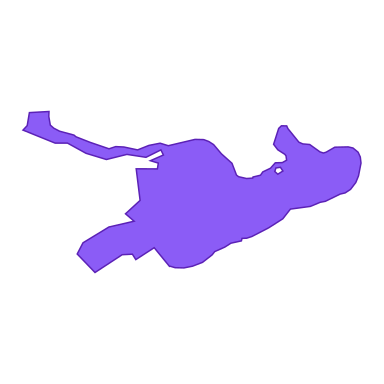 Kurgantepa, Andijon, Uzbekistan
{"feature_id": "79887680B5008780353484", "entity_name": "Kurgantepa", "entity_type": "district", "adm_level": 2, "iso_a3": "UZB", "parent_name": "Uzbekistan", "parent_adm1": "Andijon", "projection": "robinson", "projection_center": [72.86, 40.792], "detail": "fine", "context": "isolated", "style": "filled", "palette": "violet", "viewbox_px": 384, "rotation_deg": 0, "n_neighbors": 0, "source": "geoboundaries", "source_scale": "gbopen_adm2", "svg_char_len": 1435}
<svg xmlns="http://www.w3.org/2000/svg" viewBox="0 0 384 384"><path d="M23.0,130.1L55.1,143.1L67.5,143.1L86.0,153.3L106.4,159.5L126.9,154.4L146.0,157.3L160.9,149.9L163.4,155.0L150.4,160.7L158.3,163.1L157.4,168.9L136.2,168.8L140.1,200.4L125.5,213.8L134.1,221.2L108.9,227.0L83.0,242.8L77.2,254.0L95.0,272.5L122.2,254.7L132.4,254.2L135.8,259.6L154.2,247.7L169.5,266.4L170.4,266.3L175.1,267.7L184.0,267.9L192.5,266.2L202.6,262.3L212.2,254.8L214.7,251.6L224.8,247.1L230.9,243.2L241.4,240.9L242.0,238.4L246.7,238.2L251.9,236.5L268.7,227.8L282.8,218.8L290.4,209.1L310.4,206.4L320.2,202.3L325.4,201.3L340.1,194.1L345.2,192.9L350.6,189.3L355.8,182.5L358.5,175.9L361.0,163.1L360.3,157.0L358.1,152.2L353.0,148.0L348.2,146.9L334.8,147.2L326.1,152.2L323.4,153.0L320.0,151.9L309.7,144.5L302.8,143.9L298.9,142.2L287.9,128.6L286.7,125.9L281.4,125.8L278.7,128.4L273.6,144.3L277.8,149.8L284.8,154.3L286.0,155.8L286.6,160.2L282.3,162.6L275.3,162.8L270.5,168.2L262.8,171.9L260.5,175.2L253.0,177.0L252.7,178.1L246.5,178.5L238.6,176.7L236.5,175.1L232.0,163.3L221.4,153.8L213.6,144.6L208.8,141.5L203.7,139.6L195.0,139.4L168.3,145.7L160.1,143.2L148.9,145.4L137.6,149.9L123.9,147.0L115.7,146.6L109.0,148.8L90.0,142.3L76.0,136.8L74.0,135.1L59.6,131.2L53.8,128.2L50.3,125.1L48.8,116.5L49.0,111.5L29.4,112.6L27.2,125.6L23.0,130.1ZM282.9,171.0L277.8,174.2L274.8,171.5L275.9,168.0L280.4,167.3L282.9,171.0Z" fill="#8b5cf6" stroke="#5b21b6" stroke-width="1.5"/></svg>